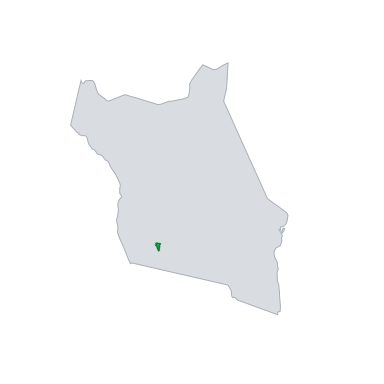 Bomet East, Rift Valley, Kenya shown in context, rotated 336°
{"feature_id": "3690345B81361718006434", "entity_name": "Bomet East", "entity_type": "district", "adm_level": 2, "iso_a3": "KEN", "parent_name": "Kenya", "parent_adm1": "Rift Valley", "projection": "equal_earth", "projection_center": [35.412, -0.848], "detail": "fine", "context": "in_parent", "style": "filled", "palette": "green", "viewbox_px": 384, "rotation_deg": 336, "n_neighbors": 0, "source": "geoboundaries", "source_scale": "gbopen_adm2", "svg_char_len": 4308}
<svg xmlns="http://www.w3.org/2000/svg" viewBox="0 0 384 384"><g transform="rotate(336 192 192)"><path d="M106.6,232.4L106.5,227.5L107.1,215.0L107.0,204.0L107.5,198.5L109.5,195.0L110.4,192.5L111.1,188.9L112.1,186.1L114.5,183.7L115.0,182.4L117.5,178.5L119.0,173.4L120.2,171.7L121.6,170.1L122.6,169.3L124.3,168.5L125.6,168.0L125.8,167.6L125.9,166.8L125.5,163.7L126.0,162.6L126.9,160.5L127.9,158.6L128.9,157.4L129.4,156.1L129.6,153.9L129.6,152.3L129.6,149.8L129.3,144.0L128.3,139.2L127.6,133.7L128.1,132.0L127.2,128.8L126.8,128.6L126.1,127.9L125.3,124.9L124.6,122.2L124.2,121.5L121.3,119.1L119.9,113.5L118.3,112.2L117.4,106.6L117.3,105.0L118.2,99.5L118.1,98.2L117.1,97.0L114.4,95.8L112.2,93.5L112.5,92.7L112.7,91.9L111.5,91.3L108.2,81.8L112.5,76.0L116.9,70.2L122.4,62.9L127.5,56.1L131.9,50.3L135.9,45.1L135.8,46.1L135.8,47.4L136.3,48.2L137.1,48.8L138.2,48.2L139.2,47.4L140.2,47.2L146.1,49.4L147.1,51.3L147.0,53.3L147.2,54.8L146.8,56.2L146.3,60.7L146.4,64.8L148.2,67.8L149.8,70.2L151.1,73.6L152.0,74.6L153.3,75.1L157.3,75.3L163.4,75.5L169.1,75.7L169.7,75.8L170.9,76.2L176.2,80.8L181.1,84.9L185.2,88.5L189.3,92.0L193.2,95.4L196.2,98.2L199.2,99.1L204.0,99.5L207.4,99.6L210.5,100.8L215.1,101.9L218.5,102.5L220.6,103.1L226.3,103.8L227.3,103.4L229.8,100.3L232.7,95.2L233.8,92.4L237.4,89.6L243.9,85.7L248.4,83.0L253.5,80.2L255.8,82.6L259.0,86.4L260.4,88.3L261.5,89.2L263.3,89.7L265.4,89.7L266.5,89.7L268.9,89.2L274.3,88.7L277.5,88.7L274.8,93.8L271.7,99.9L265.9,111.1L261.5,117.0L258.1,121.5L257.8,122.3L257.9,127.3L257.9,139.4L258.0,163.7L258.1,188.1L258.2,212.4L258.2,224.6L258.2,228.6L261.1,233.8L264.0,238.8L267.8,245.4L269.8,248.9L270.2,250.1L270.1,252.5L266.9,257.4L264.4,259.7L260.9,260.7L259.9,260.5L258.5,259.8L258.0,261.0L257.6,262.9L256.9,262.5L256.3,261.9L256.6,265.2L257.0,266.8L256.5,269.0L254.8,271.0L254.6,272.6L251.0,276.8L245.9,277.3L243.2,279.4L242.0,281.1L241.0,284.9L241.4,290.7L239.9,295.1L239.6,297.3L237.0,300.2L235.8,302.9L234.9,305.6L234.2,306.7L233.3,312.8L232.0,316.4L231.7,317.7L231.4,318.7L230.4,320.9L229.8,322.4L229.4,323.4L226.2,332.7L223.8,337.0L221.9,336.5L220.6,338.1L220.4,338.9L219.8,338.5L218.2,336.9L214.9,333.7L211.6,330.5L208.3,327.4L205.1,324.2L201.8,321.0L198.5,317.8L195.2,314.6L191.9,311.4L190.0,309.6L189.1,308.5L188.5,306.2L188.2,305.7L187.3,305.0L186.3,304.9L186.0,304.4L186.0,303.4L186.3,301.9L187.5,298.9L187.7,297.2L187.4,295.3L187.1,292.1L186.7,291.4L184.6,289.8L180.0,286.3L175.4,282.9L170.9,279.5L166.3,276.0L161.7,272.6L157.2,269.2L152.6,265.7L148.0,262.3L143.5,258.9L138.9,255.4L134.3,252.0L129.8,248.6L125.2,245.1L120.6,241.7L116.1,238.3L111.5,234.8L109.8,233.5L108.2,232.4L106.6,232.4ZM258.5,265.8L257.7,266.1L258.1,264.4L260.5,262.3L261.4,262.8L261.6,263.3L261.6,263.7L261.2,264.1L258.5,265.8Z" fill="#d9dde1" stroke="#a8b0b8" stroke-width="1"/><path d="M137.3,226.5L137.3,226.4L137.4,226.5L137.4,226.4L137.5,226.4L137.6,226.2L137.8,226.1L138.0,226.1L138.0,226.3L137.9,226.6L137.7,226.9L137.7,227.1L137.7,227.3L137.8,227.5L137.9,227.8L137.8,228.1L137.8,228.3L137.7,228.5L137.6,228.8L137.6,229.0L137.7,229.3L137.6,229.5L137.5,229.8L137.5,230.0L137.6,230.3L137.6,230.5L137.5,230.8L137.6,231.0L137.6,231.3L137.6,231.5L137.7,231.4L137.8,231.5L138.0,231.6L138.0,231.4L138.1,231.5L138.1,231.4L138.2,231.2L138.3,231.2L138.5,231.1L138.7,230.9L138.8,230.9L139.0,230.8L139.1,230.7L139.2,230.4L139.2,230.2L139.3,230.0L139.3,229.9L139.2,229.9L139.2,229.7L139.3,229.6L139.3,229.4L139.5,229.4L139.5,229.2L139.7,228.9L139.7,229.0L139.8,229.0L139.8,228.9L139.8,229.0L139.9,228.9L139.9,228.7L140.0,228.7L140.0,228.4L140.2,228.2L140.3,228.2L140.4,227.9L140.4,227.7L140.5,227.6L140.6,227.4L140.8,227.3L141.0,227.3L141.1,227.2L141.3,227.0L141.2,227.0L141.2,226.9L141.3,226.9L141.5,226.7L141.7,226.4L141.8,226.4L141.8,226.2L141.6,226.0L141.4,226.0L141.2,225.9L140.9,225.8L140.6,225.7L140.4,225.6L139.4,224.5L139.2,224.6L139.0,224.8L138.9,225.0L138.8,224.9L138.7,224.9L138.6,225.0L138.6,224.9L138.5,224.7L138.4,224.5L138.4,224.4L138.2,224.4L138.2,224.5L138.3,224.5L138.4,224.8L138.5,224.9L138.4,225.0L138.5,225.0L138.5,225.3L138.4,225.3L138.4,225.2L138.3,225.3L138.4,225.5L138.5,225.6L138.6,225.8L138.6,225.7L138.5,225.8L138.4,225.9L138.2,225.8L138.2,225.7L137.9,225.5L137.7,225.7L137.6,225.8L137.4,226.1L137.3,226.5Z" fill="#22c55e" stroke="#15803d" stroke-width="1.5"/></g></svg>